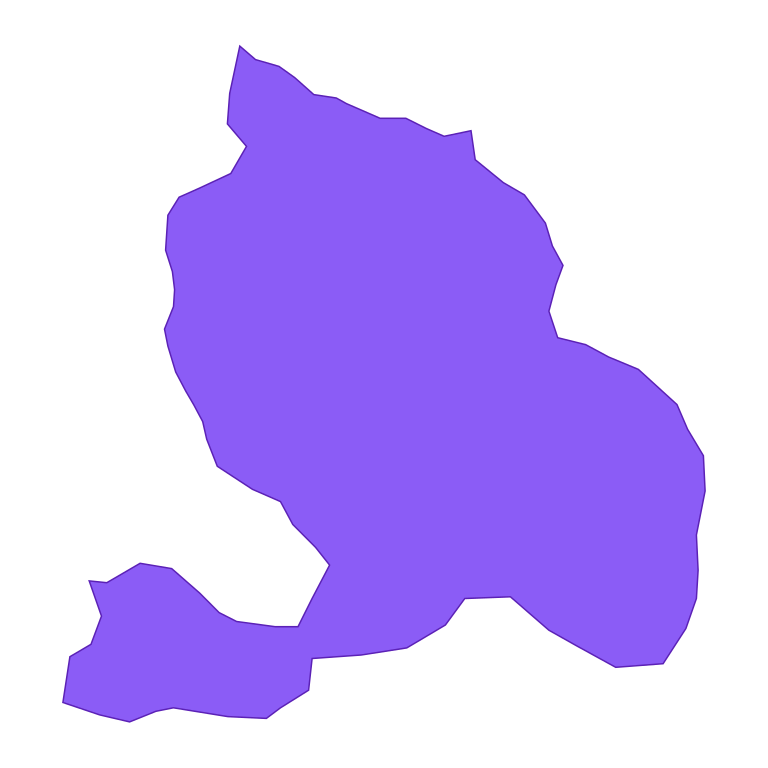 the district of Exo Metochi, Cyprus
{"feature_id": "46923920B63490584599042", "entity_name": "Exo Metochi", "entity_type": "district", "adm_level": 2, "iso_a3": "CYP", "parent_name": "Cyprus", "parent_adm1": "", "projection": "orthographic", "projection_center": [33.534, 35.206], "detail": "fine", "context": "isolated", "style": "filled", "palette": "violet", "viewbox_px": 768, "rotation_deg": 0, "n_neighbors": 0, "source": "geoboundaries", "source_scale": "gbopen_adm2", "svg_char_len": 1211}
<svg xmlns="http://www.w3.org/2000/svg" viewBox="0 0 768 768"><path d="M89.2,580.9L101.5,616.1L91.0,644.3L69.9,656.7L62.9,702.5L99.7,714.9L129.6,721.9L155.9,711.3L173.4,707.8L227.8,716.6L266.4,718.4L280.5,707.8L308.6,690.2L312.1,658.5L361.2,655.0L406.8,647.9L445.4,625.0L464.8,598.5L510.4,596.8L549.0,630.3L577.1,646.1L615.7,667.3L663.1,663.7L685.9,628.5L696.4,598.5L698.1,570.3L696.4,535.0L705.1,491.0L704.4,476.5L703.4,455.7L687.6,429.3L677.0,404.6L657.7,387.0L638.4,369.4L608.6,357.0L585.8,344.7L557.7,337.7L548.9,311.2L555.9,284.8L563.0,265.4L552.4,246.0L545.4,223.1L524.4,194.9L503.3,182.6L475.2,159.7L471.0,130.7L444.1,136.3L426.1,128.4L405.9,118.3L380.1,118.3L346.4,103.6L336.3,98.0L313.8,94.6L294.8,77.7L279.0,66.4L255.5,59.6L239.8,46.1L229.7,93.4L227.4,123.9L246.5,146.4L230.8,173.5L199.3,188.2L179.1,197.2L167.9,215.2L165.6,250.2L172.4,271.6L174.6,289.7L173.5,306.6L164.5,329.1L167.9,346.1L175.7,372.0L185.8,391.2L193.7,404.7L202.7,421.6L206.7,439.2L217.3,466.3L252.4,489.3L280.5,501.6L292.8,524.5L315.6,547.4L329.6,565.1L312.1,598.5L298.0,626.7L275.2,626.7L236.6,621.5L219.1,612.6L199.8,593.2L171.7,568.6L140.1,563.3L106.8,582.7L89.2,580.9Z" fill="#8b5cf6" stroke="#5b21b6" stroke-width="1.5"/></svg>